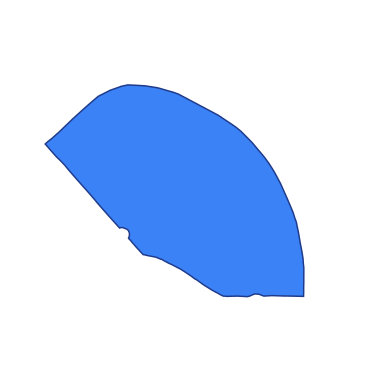 outline of Khlong San, Bangkok Metropolis, Thailand, rotated 302°
{"feature_id": "78962969B86497108686026", "entity_name": "Khlong San", "entity_type": "district", "adm_level": 2, "iso_a3": "THA", "parent_name": "Thailand", "parent_adm1": "Bangkok Metropolis", "projection": "robinson", "projection_center": [100.499, 13.722], "detail": "fine", "context": "isolated", "style": "filled", "palette": "blue", "viewbox_px": 384, "rotation_deg": 302, "n_neighbors": 0, "source": "geoboundaries", "source_scale": "gbopen_adm2", "svg_char_len": 2121}
<svg xmlns="http://www.w3.org/2000/svg" viewBox="0 0 384 384"><g transform="rotate(302 192 192)"><path d="M236.0,277.5L246.2,262.4L247.9,259.4L250.4,255.1L252.9,250.6L254.2,248.0L257.1,241.9L260.0,234.6L265.7,217.0L266.8,212.5L267.7,208.7L269.4,201.4L270.2,195.2L270.4,192.1L271.0,173.6L267.8,128.5L266.5,122.6L265.6,119.7L262.5,108.7L261.4,105.8L260.2,103.0L257.2,96.0L254.9,91.8L252.5,87.4L248.8,80.8L243.7,75.6L243.3,75.4L234.9,68.7L223.5,61.8L217.6,59.9L211.0,57.9L205.0,56.1L196.5,53.7L190.8,52.1L171.6,47.3L169.8,46.7L163.2,44.8L158.5,43.1L154.9,42.1L152.5,49.9L150.5,56.7L149.8,59.2L149.8,59.4L148.8,64.1L148.5,65.3L147.2,70.2L146.6,71.9L145.6,74.8L144.5,78.3L142.1,86.2L139.5,94.9L137.0,103.5L133.6,114.5L133.2,115.6L132.3,118.3L127.7,133.6L123.1,149.7L123.6,150.1L124.2,150.7L124.8,151.5L125.1,152.1L125.3,153.0L125.5,154.2L125.8,155.4L125.9,156.2L125.9,156.8L125.8,157.2L125.7,158.1L125.3,158.9L124.8,159.7L124.1,160.5L123.9,160.7L123.4,161.1L122.8,161.5L122.6,161.6L121.3,162.2L120.6,162.4L119.2,162.6L119.0,162.9L118.7,164.2L118.3,165.7L117.7,167.4L117.3,168.6L117.0,169.7L116.8,170.4L115.7,173.9L114.1,179.6L113.3,182.7L113.0,183.7L113.9,185.8L113.9,186.0L114.8,188.7L117.5,195.6L118.2,199.3L118.5,201.3L118.8,201.8L118.9,202.5L118.8,203.7L119.3,210.4L119.7,213.1L120.5,223.0L120.5,227.5L120.5,227.8L120.2,236.3L119.9,239.3L119.8,240.3L120.0,242.3L119.9,244.0L119.6,248.4L119.5,248.6L119.4,252.1L119.4,261.1L119.4,261.4L119.5,261.8L119.5,263.4L119.9,268.2L119.9,270.1L120.1,271.9L120.2,273.1L120.3,273.5L120.4,273.9L121.1,275.1L121.9,276.8L122.9,278.3L123.9,279.8L125.0,281.4L126.0,283.0L127.3,284.9L128.2,286.4L132.6,294.4L133.8,295.6L135.2,296.7L136.8,297.7L139.0,299.5L140.8,303.0L141.7,307.7L142.1,308.5L146.5,314.7L153.0,325.9L154.1,327.6L162.6,341.9L166.4,339.7L170.5,337.1L174.6,334.7L178.9,332.0L183.8,329.0L187.4,326.7L190.1,324.5L194.4,321.4L198.8,317.6L202.8,313.9L207.0,310.0L210.3,307.1L214.0,303.8L216.8,301.1L219.5,298.5L221.8,296.4L223.9,293.6L226.1,291.0L228.2,288.6L230.6,285.2L232.7,282.2L233.0,281.8L235.6,278.0L236.0,277.5Z" fill="#3b82f6" stroke="#1e3a8a" stroke-width="1.5"/></g></svg>